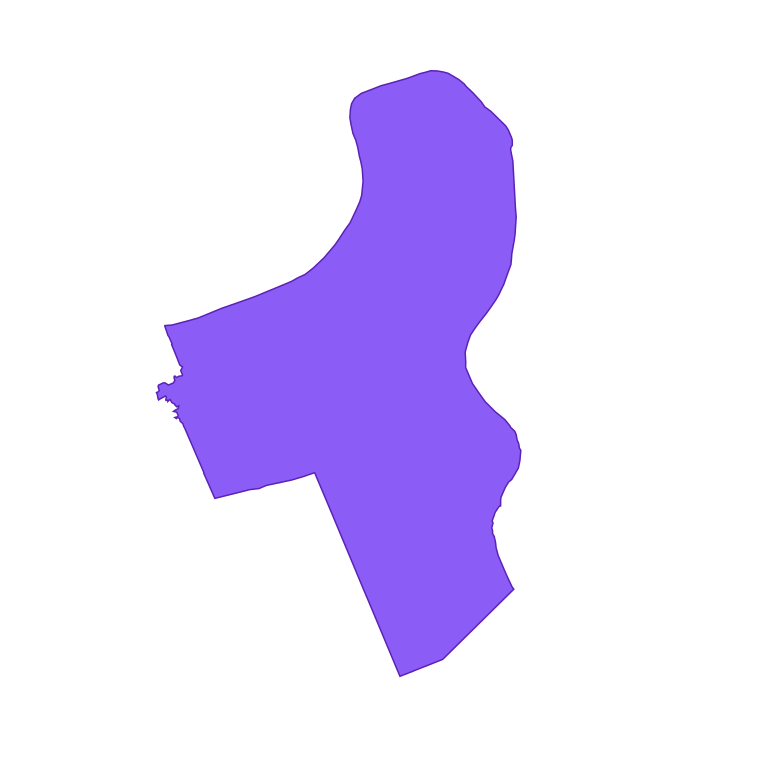 Sabach Sanjar, North Bank, Gambia, rotated 247°
{"feature_id": "56634734B86795933582352", "entity_name": "Sabach Sanjar", "entity_type": "district", "adm_level": 2, "iso_a3": "GMB", "parent_name": "Gambia", "parent_adm1": "North Bank", "projection": "albers", "projection_center": [-15.427, 13.542], "detail": "fine", "context": "isolated", "style": "filled", "palette": "violet", "viewbox_px": 768, "rotation_deg": 247, "n_neighbors": 0, "source": "geoboundaries", "source_scale": "gbopen_adm2", "svg_char_len": 2907}
<svg xmlns="http://www.w3.org/2000/svg" viewBox="0 0 768 768"><g transform="rotate(247 384 384)"><path d="M144.4,423.3L147.5,422.6L158.1,422.2L167.5,422.1L175.5,422.1L175.8,422.1L181.5,422.1L189.4,423.2L194.7,424.8L198.5,425.5L200.4,425.9L203.8,425.5L206.5,426.6L209.5,427.0L211.4,428.5L213.3,430.0L215.6,430.0L218.2,432.3L218.7,432.8L219.7,433.8L222.4,436.1L223.9,438.4L225.0,439.9L226.5,442.6L226.2,443.7L231.5,446.0L234.1,447.5L241.3,455.1L245.0,460.3L246.2,464.2L250.4,469.9L254.2,474.9L260.3,479.1L269.4,484.0L272.0,483.6L276.5,484.7L280.7,484.7L285.6,485.9L289.4,485.9L294.7,483.6L296.2,483.6L304.1,481.3L315.1,475.5L328.3,470.2L333.6,469.0L340.4,467.5L349.9,465.6L360.1,465.6L367.3,465.6L372.2,467.8L381.7,471.2L386.2,474.8L389.6,477.5L395.3,482.8L399.1,488.5L403.3,495.4L408.9,505.6L410.4,508.1L413.1,512.5L417.7,519.7L421.1,524.3L424.5,528.1L428.7,533.0L437.0,540.6L444.2,547.4L449.1,550.1L453.7,552.4L465.8,560.3L471.1,563.4L486.2,571.0L489.9,572.2L495.3,574.0L538.8,589.7L549.8,592.0L552.1,593.1L553.6,595.4L558.1,597.3L560.8,597.7L569.1,597.7L574.0,596.9L583.1,593.1L593.3,588.9L599.7,585.0L605.4,583.9L617.1,579.7L625.8,575.9L628.8,575.1L631.4,573.7L635.2,571.7L645.0,564.4L648.1,560.4L651.5,555.1L654.1,549.4L654.8,543.6L655.6,538.7L656.3,524.6L658.2,509.0L659.7,498.0L660.4,476.7L658.5,468.7L654.7,463.7L649.8,460.3L645.2,458.0L642.6,456.7L636.5,455.2L626.7,453.3L622.5,453.3L619.5,453.3L611.6,452.2L603.2,450.3L597.6,449.5L590.4,448.0L578.7,443.9L569.0,438.6L566.2,437.0L561.2,432.9L554.4,425.6L545.7,415.8L541.1,408.2L534.7,398.7L532.3,394.9L531.3,393.3L523.7,378.3L518.4,364.2L515.7,354.3L515.5,348.0L515.3,344.8L514.6,339.1L514.6,334.4L514.8,310.8L514.9,299.9L515.3,292.3L517.1,264.1L517.4,238.6L518.9,227.2L521.1,212.0L523.4,205.1L523.2,204.9L513.0,204.1L511.6,204.5L503.8,204.6L503.3,203.9L489.2,203.7L484.3,203.5L484.2,203.5L481.0,203.5L478.5,205.2L477.7,204.4L475.8,202.1L471.1,202.1L470.5,201.2L471.3,198.3L471.1,196.8L471.1,195.5L473.0,194.7L473.0,193.8L471.1,193.0L469.2,193.0L467.3,190.6L467.3,186.8L467.3,185.1L470.5,183.0L471.3,181.3L471.1,176.0L469.8,175.0L465.8,174.6L465.0,172.9L465.0,171.2L462.7,171.2L459.1,170.3L457.4,170.3L457.8,172.4L458.3,178.2L457.0,178.6L454.7,176.9L454.1,176.9L453.6,178.6L452.4,178.2L453.2,180.3L453.2,181.1L451.0,181.3L449.9,181.4L447.3,183.5L446.5,183.3L444.0,184.3L444.0,186.5L441.7,184.8L441.6,181.8L441.0,179.5L439.1,182.2L435.3,182.2L434.5,181.2L434.9,178.4L433.4,179.3L434.1,180.1L432.2,182.4L429.4,181.8L427.6,182.7L426.1,183.3L422.5,183.1L421.9,183.3L406.6,183.4L373.2,183.6L372.4,183.2L344.8,183.6L339.2,219.3L336.6,228.1L336.6,233.1L336.6,236.1L331.7,261.4L330.3,273.6L329.5,285.5L283.7,285.4L205.0,284.9L188.3,284.9L130.4,284.6L117.3,284.5L111.7,284.5L108.8,284.5L108.7,284.5L108.3,298.4L108.3,300.4L108.2,304.8L107.8,320.6L107.6,330.5L116.5,352.9L128.6,383.4L144.4,423.3Z" fill="#8b5cf6" stroke="#5b21b6" stroke-width="1.5"/></g></svg>